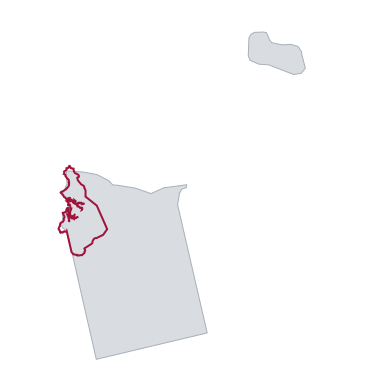 Cogo, Litoral, Equatorial Guinea (highlighted), rotated 77°
{"feature_id": "11065452B22787327477805", "entity_name": "Cogo", "entity_type": "district", "adm_level": 2, "iso_a3": "GNQ", "parent_name": "Equatorial Guinea", "parent_adm1": "Litoral", "projection": "orthographic", "projection_center": [9.73, 1.167], "detail": "fine", "context": "in_parent", "style": "outline", "palette": "rose", "viewbox_px": 384, "rotation_deg": 77, "n_neighbors": 0, "source": "geoboundaries", "source_scale": "gbopen_adm2", "svg_char_len": 6772}
<svg xmlns="http://www.w3.org/2000/svg" viewBox="0 0 384 384"><g transform="rotate(77 192 192)"><path d="M332.7,208.9L332.9,231.5L333.0,250.6L333.1,271.3L333.3,292.8L333.4,311.1L333.5,322.9L313.5,322.8L287.0,322.8L260.5,322.7L233.9,322.6L220.6,322.5L205.9,322.5L201.2,323.1L197.9,326.1L194.0,326.8L189.5,324.2L184.0,323.0L182.5,320.4L179.8,315.6L174.3,315.1L171.6,315.6L167.6,318.3L163.2,319.8L164.0,317.6L155.3,311.7L149.0,311.1L143.2,309.3L147.9,294.0L153.8,280.4L162.6,270.2L167.2,267.7L168.8,262.6L175.7,245.9L184.3,232.4L181.6,218.6L183.7,195.6L186.2,196.2L186.6,198.4L187.2,201.6L190.5,204.5L201.2,208.9L233.1,208.9L252.1,208.9L280.3,208.9L310.1,208.9L332.7,208.9ZM79.9,53.7L82.4,54.1L96.9,53.7L100.9,58.9L100.4,66.5L85.4,88.6L82.6,97.9L76.8,105.8L71.8,106.5L54.5,101.8L51.6,99.0L50.5,95.2L52.2,86.4L53.5,83.7L61.8,82.0L64.5,80.6L68.9,71.1L70.4,62.4L74.1,55.9L79.9,53.7Z" fill="#d9dde1" stroke="#a8b0b8" stroke-width="1"/><path d="M209.1,283.0L183.9,287.8L172.5,296.8L167.2,295.5L166.0,295.4L165.2,295.6L164.6,295.9L164.1,296.0L163.3,295.8L161.9,296.0L161.3,296.4L160.2,297.7L159.1,298.6L157.9,299.1L157.0,299.6L155.2,300.5L153.1,300.7L152.8,300.6L152.3,300.6L152.2,300.5L152.0,300.2L151.9,299.5L152.0,299.1L151.5,298.8L151.1,298.6L150.7,298.6L150.1,298.7L149.4,299.1L148.9,299.7L148.4,300.2L147.6,301.4L147.2,301.8L146.6,301.9L146.1,302.2L145.3,302.4L144.0,302.3L143.5,302.5L143.0,302.4L142.6,302.2L142.1,303.3L141.9,303.7L141.9,304.1L141.8,304.4L141.5,304.8L141.2,304.9L140.8,304.7L139.9,305.2L139.4,305.1L139.2,305.3L139.0,305.8L139.8,306.2L140.5,306.9L140.8,307.6L140.8,308.1L140.9,308.3L140.9,308.5L140.5,308.5L140.6,309.0L141.4,309.0L141.5,309.2L141.9,309.3L142.2,309.5L142.9,310.9L143.3,312.1L144.4,312.0L145.0,312.3L145.5,312.8L145.8,312.3L146.2,312.2L146.5,311.7L147.5,311.5L148.1,311.7L148.4,311.6L148.8,311.3L149.4,311.2L150.1,310.7L151.0,310.5L151.2,310.3L151.5,310.3L151.8,309.8L152.1,309.7L152.3,309.5L153.9,309.5L154.5,309.9L154.7,309.7L155.0,309.8L155.2,309.6L155.4,309.6L155.7,309.7L156.1,310.0L156.4,310.0L156.8,310.3L157.1,310.3L157.3,310.2L157.6,310.2L158.6,311.0L159.1,311.7L159.4,311.8L159.6,312.1L159.4,312.0L160.3,313.3L161.6,315.8L162.2,317.7L162.4,319.4L162.6,319.6L163.1,320.1L163.5,319.7L163.8,319.7L164.0,319.3L164.6,319.0L165.4,318.8L165.6,318.8L166.2,318.1L167.7,317.9L168.3,317.6L168.5,317.4L168.6,317.0L168.7,316.8L169.1,316.7L169.6,316.3L170.1,316.3L171.4,315.2L171.1,314.7L170.5,314.4L170.5,314.2L170.9,313.5L170.8,313.3L170.6,313.1L170.1,313.0L170.1,312.7L170.3,312.4L170.5,312.5L170.2,312.7L170.2,312.9L170.7,313.0L170.9,313.4L171.0,313.8L170.7,314.4L171.3,314.5L171.5,314.3L171.7,314.1L172.1,312.9L171.9,312.0L172.1,311.5L173.4,310.2L174.0,309.8L174.8,309.8L175.3,309.5L175.8,308.9L176.0,308.6L175.3,308.6L174.9,308.3L175.4,308.9L175.4,309.0L174.9,309.1L174.8,308.8L174.1,308.9L173.8,308.7L173.7,308.4L174.0,308.2L173.7,308.2L174.1,307.9L174.1,308.3L173.8,308.6L173.9,308.8L174.2,308.8L174.9,308.6L175.0,309.1L175.3,309.1L174.8,308.5L174.9,308.0L174.4,307.4L174.3,307.0L174.7,307.5L175.0,307.8L175.1,308.2L175.4,308.3L176.0,308.3L178.1,306.8L177.9,306.5L177.3,306.2L177.0,305.7L176.9,304.8L177.0,304.1L177.9,302.6L177.8,302.4L177.2,302.1L177.0,301.8L177.5,302.1L178.0,302.5L178.2,302.3L178.3,301.8L178.9,301.1L178.8,300.9L178.9,300.5L178.8,300.0L178.9,299.9L178.9,299.3L179.1,299.8L179.0,300.3L179.2,300.6L179.0,301.2L179.2,302.1L178.5,302.3L178.0,303.0L177.8,303.3L177.7,303.8L177.3,304.6L177.2,305.0L177.3,305.5L177.4,306.0L177.9,306.1L178.3,306.0L179.0,306.2L179.2,306.8L179.8,306.6L180.3,306.2L181.2,305.0L182.3,304.3L182.3,303.6L182.4,303.1L182.7,302.6L183.4,302.6L184.0,302.8L184.5,303.1L184.6,303.4L184.1,303.1L183.1,302.9L182.8,302.9L182.5,303.3L182.5,304.1L182.3,304.7L181.6,305.0L181.4,305.2L181.5,305.8L181.3,305.4L181.1,305.4L180.6,306.3L180.3,306.8L179.8,306.9L178.5,307.1L178.1,307.5L176.5,309.4L175.3,310.4L174.6,310.5L173.7,311.1L173.3,311.8L173.3,312.0L173.5,312.4L173.3,312.4L173.4,312.9L173.2,314.4L173.3,315.0L173.5,315.3L174.6,315.0L175.2,315.1L175.7,314.9L176.8,313.9L178.0,313.7L178.8,313.9L179.1,314.1L179.8,313.8L180.1,313.8L181.5,314.4L181.4,313.6L181.9,313.9L182.1,313.9L182.1,314.3L182.5,314.6L183.1,314.8L183.3,315.0L184.3,315.2L185.3,315.6L185.5,315.8L187.1,315.7L188.4,315.1L188.7,314.5L189.3,314.2L189.3,313.8L188.6,313.6L188.5,313.3L188.5,313.0L188.9,312.6L188.9,312.4L187.8,311.6L187.4,311.2L187.3,310.9L187.9,311.6L188.6,311.9L189.0,312.2L189.0,312.6L188.6,313.0L188.6,313.4L188.8,313.6L189.3,313.6L189.5,313.7L189.6,313.9L189.7,314.3L189.9,314.4L190.6,314.1L191.0,313.6L191.2,313.2L191.2,312.7L190.8,311.1L191.1,310.7L190.6,309.8L190.7,309.1L190.6,308.9L190.6,308.4L190.8,309.1L190.7,309.7L191.2,310.4L191.2,311.0L191.1,311.6L191.6,312.4L191.4,312.8L191.7,313.0L191.3,313.2L191.2,313.8L190.8,314.4L190.6,315.1L189.6,315.7L188.6,315.6L188.0,315.7L186.8,316.5L185.8,316.6L185.7,316.7L186.6,317.9L186.8,318.0L187.3,317.9L188.7,317.0L188.9,317.2L189.1,317.5L189.1,317.9L189.2,318.1L189.5,318.0L190.0,317.8L191.3,317.8L191.9,317.9L192.2,318.1L192.7,318.1L193.1,318.3L193.5,318.6L193.0,318.4L192.6,318.5L191.9,318.5L191.4,318.0L191.1,317.8L190.3,317.8L189.7,318.2L189.0,318.2L188.7,317.8L188.6,317.3L188.5,317.2L188.2,317.4L187.9,317.8L187.6,318.2L186.9,318.8L186.8,319.1L186.8,318.7L186.6,318.5L186.0,318.6L186.2,318.3L186.1,317.8L185.4,317.3L184.7,317.0L183.8,317.1L182.5,317.0L182.2,317.3L182.1,317.5L182.4,318.5L183.0,319.3L183.3,320.2L183.2,321.4L183.2,322.6L184.0,322.6L185.0,322.3L185.8,322.2L186.6,321.9L187.4,321.9L188.1,322.0L189.0,322.9L190.8,323.3L192.0,324.6L192.2,325.1L192.4,326.6L192.6,327.0L193.6,327.8L195.6,328.4L195.8,328.7L196.4,329.4L197.0,329.9L198.0,330.3L198.5,330.3L198.9,329.7L199.6,329.7L200.4,329.5L200.9,329.7L201.8,329.5L202.2,329.2L202.1,328.8L201.6,328.6L201.8,328.3L202.1,328.1L202.0,327.4L202.4,327.0L202.3,326.9L201.9,326.7L201.7,326.0L201.8,325.8L201.6,325.5L201.7,325.3L201.6,325.0L201.8,324.7L202.2,324.5L202.2,324.1L202.5,323.4L202.5,323.1L202.2,322.9L223.7,322.9L224.6,322.2L226.0,321.6L226.3,321.1L226.4,320.5L226.8,320.0L227.0,319.4L227.2,319.1L227.4,318.2L227.6,318.2L227.6,317.9L227.9,317.9L228.3,317.5L228.2,316.8L228.4,316.6L228.5,315.5L228.4,314.9L228.8,313.4L227.6,311.4L227.3,310.6L226.5,310.2L226.1,310.2L225.7,309.9L225.4,309.5L225.0,309.2L224.5,309.2L223.0,309.6L222.6,309.2L219.9,301.4L219.3,300.6L217.5,299.9L217.0,299.5L215.6,298.1L215.4,297.5L215.2,296.4L215.4,295.3L213.7,288.1L209.1,283.0ZM182.0,318.8L181.7,317.9L181.1,316.8L180.6,316.3L180.0,316.1L179.8,316.2L179.6,316.5L179.5,316.8L179.8,317.5L180.7,318.2L182.0,318.8ZM176.9,315.8L177.0,315.5L176.9,315.2L176.7,315.1L176.6,315.7L176.7,315.8L176.9,315.8ZM172.7,316.2L173.1,315.9L173.1,315.5L172.8,315.9L172.7,316.1L172.7,316.2Z" fill="none" stroke="#9f1239" stroke-width="2"/></g></svg>